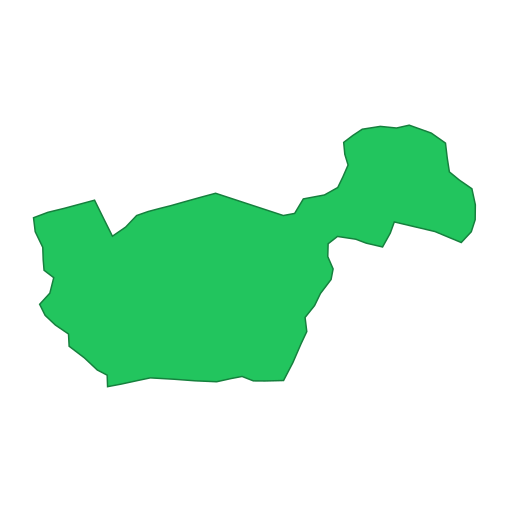 outline of Camaragibe, Pernambuco, Brazil, rotated 88°
{"feature_id": "56859067B56162371864322", "entity_name": "Camaragibe", "entity_type": "district", "adm_level": 2, "iso_a3": "BRA", "parent_name": "Brazil", "parent_adm1": "Pernambuco", "projection": "robinson", "projection_center": [-34.999, -7.981], "detail": "fine", "context": "isolated", "style": "filled", "palette": "green", "viewbox_px": 512, "rotation_deg": 88, "n_neighbors": 0, "source": "geoboundaries", "source_scale": "gbopen_adm2", "svg_char_len": 1153}
<svg xmlns="http://www.w3.org/2000/svg" viewBox="0 0 512 512"><g transform="rotate(88 256 256)"><path d="M249.7,50.4L239.3,40.0L227.4,35.7L212.5,35.0L196.3,37.9L187.4,49.9L178.7,59.8L164.4,61.5L149.8,62.7L139.3,76.5L130.6,98.3L133.0,111.1L130.8,127.2L133.0,145.4L138.9,155.0L145.5,164.4L157.4,163.7L168.3,160.8L180.0,166.4L190.4,171.9L197.4,185.5L200.6,206.7L214.8,215.9L216.5,227.3L191.9,294.2L195.3,308.9L199.5,326.3L202.7,339.3L205.1,350.5L207.8,362.3L211.4,373.9L222.5,385.2L231.2,398.8L214.8,406.3L194.6,415.4L198.5,432.3L201.7,446.1L205.1,462.5L210.0,477.0L224.0,475.8L239.9,468.8L252.5,468.8L262.9,468.3L270.6,458.9L285.9,463.3L296.7,473.9L308.0,468.8L318.0,458.9L327.4,446.1L339.7,445.9L351.8,431.1L364.4,418.6L369.9,408.9L381.4,408.9L379.3,395.1L376.3,378.5L374.1,365.9L376.3,342.2L378.6,321.2L380.3,299.7L377.6,285.2L375.9,274.1L380.7,263.0L381.2,251.4L381.4,232.8L363.9,222.9L345.2,214.0L333.3,207.9L319.1,209.1L307.6,199.2L295.7,192.9L282.1,181.8L271.6,179.4L259.1,184.3L246.3,183.5L239.3,173.9L242.7,155.7L247.0,145.4L251.4,129.2L237.8,121.0L226.8,116.6L237.8,76.3L249.7,50.4Z" fill="#22c55e" stroke="#15803d" stroke-width="1.5"/></g></svg>